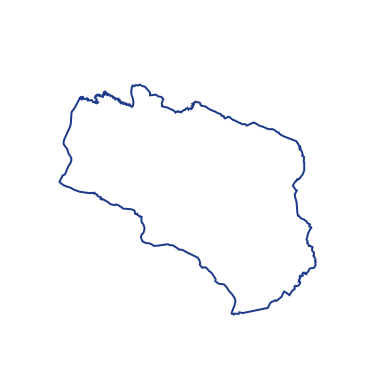 Chok Chai, Nakhon Ratchasima, Thailand (Mercator projection), rotated 116°
{"feature_id": "78962969B33343210665646", "entity_name": "Chok Chai", "entity_type": "district", "adm_level": 2, "iso_a3": "THA", "parent_name": "Thailand", "parent_adm1": "Nakhon Ratchasima", "projection": "mercator", "projection_center": [102.192, 14.755], "detail": "fine", "context": "isolated", "style": "outline", "palette": "blue", "viewbox_px": 384, "rotation_deg": 116, "n_neighbors": 0, "source": "geoboundaries", "source_scale": "gbopen_adm2", "svg_char_len": 6062}
<svg xmlns="http://www.w3.org/2000/svg" viewBox="0 0 384 384"><g transform="rotate(116 192 192)"><path d="M278.6,93.4L262.9,73.0L258.6,73.1L257.0,72.8L255.5,72.1L254.2,70.5L252.7,69.6L252.9,68.4L247.3,65.7L246.5,65.5L244.8,65.7L241.1,65.6L241.2,62.9L242.0,59.3L236.7,58.6L236.2,58.1L235.3,58.0L234.1,57.2L231.8,58.4L230.9,57.9L230.9,56.8L229.4,55.3L226.8,54.8L225.9,55.2L225.8,55.7L225.5,55.7L225.6,56.5L225.1,56.3L224.6,57.2L224.1,57.4L221.9,57.0L220.9,58.1L220.3,58.3L219.7,57.9L219.9,57.0L219.6,56.5L218.5,55.8L217.8,56.6L216.9,57.0L216.0,56.9L216.0,56.1L215.7,55.9L215.8,55.5L215.5,55.3L215.7,54.3L215.9,54.1L215.8,53.7L215.3,54.3L215.3,53.7L214.6,53.3L212.2,52.7L209.5,52.7L208.4,51.7L206.8,49.3L205.7,48.8L203.3,49.0L202.1,49.9L200.7,50.1L200.1,51.3L199.1,51.1L198.2,51.7L197.4,53.0L196.6,53.5L196.2,54.9L195.3,54.7L194.7,55.2L193.2,55.7L192.8,56.3L192.3,57.8L191.3,58.9L188.7,59.5L188.8,61.2L188.5,62.3L189.3,63.3L187.5,65.1L187.4,66.1L186.0,66.3L185.3,66.9L184.6,68.2L181.7,68.6L180.6,69.1L178.0,69.5L173.1,69.5L172.2,69.1L172.0,69.5L171.5,69.5L171.2,71.8L169.4,71.8L169.3,74.8L168.3,76.0L167.6,79.3L167.9,82.2L166.8,85.3L166.4,85.8L166.8,86.5L164.1,88.4L155.1,93.7L151.0,97.4L149.0,98.6L144.7,98.4L144.6,99.7L142.1,104.1L138.4,104.0L137.6,103.5L135.4,103.2L135.3,102.7L134.2,102.9L133.9,102.6L133.6,101.5L127.4,100.2L123.1,100.7L115.9,104.3L115.8,104.9L111.5,106.5L111.1,108.9L109.9,108.8L106.7,111.9L106.6,113.9L105.0,113.6L104.7,115.3L103.4,115.0L103.3,116.1L102.8,117.2L101.9,118.0L101.6,119.1L100.6,120.6L101.8,134.4L101.6,137.6L101.2,139.6L100.6,140.0L100.8,142.1L100.1,145.0L100.3,147.7L101.4,149.3L102.1,151.6L102.2,156.4L102.9,160.7L102.4,164.6L102.6,167.3L108.3,171.8L107.6,174.2L108.5,175.2L109.1,176.9L109.1,177.7L108.7,178.9L109.1,179.6L108.9,185.1L109.2,186.6L108.7,189.6L108.2,190.8L108.2,191.6L108.8,192.8L110.6,193.8L111.4,194.7L111.0,195.7L109.9,196.8L110.5,199.1L109.6,199.6L109.4,200.8L109.8,203.5L109.6,206.4L110.0,211.7L109.6,215.7L109.1,216.9L109.8,218.9L109.9,220.6L110.4,221.3L109.7,222.9L108.6,223.5L108.5,225.6L109.3,227.2L109.1,228.3L110.7,229.4L111.3,229.1L112.2,230.0L112.3,229.4L113.6,229.7L112.9,228.8L113.6,228.8L114.0,229.2L114.6,228.7L115.4,228.9L115.6,228.5L116.3,228.8L117.4,228.8L117.3,229.3L117.7,229.4L117.6,229.8L117.9,230.0L117.8,230.5L118.5,231.0L118.6,231.5L119.3,231.4L119.0,232.1L118.6,232.3L118.5,232.7L119.1,232.6L119.6,233.9L121.3,234.2L121.4,234.9L121.8,234.9L122.8,235.8L123.7,236.0L124.7,236.9L125.2,236.9L125.2,237.7L125.6,238.1L125.5,240.0L126.4,240.3L126.4,240.7L126.9,241.5L127.8,241.7L126.8,244.1L126.9,251.2L127.8,254.5L127.7,255.0L128.1,256.6L126.5,257.3L125.4,258.1L123.3,258.3L121.8,258.7L121.1,258.5L120.0,261.0L120.9,264.7L120.3,266.6L120.5,267.4L123.5,272.1L121.2,273.2L120.0,275.6L119.8,276.3L118.4,279.6L118.0,279.9L118.5,283.0L118.4,284.9L118.6,286.4L120.0,287.1L120.5,289.4L122.4,290.4L122.2,291.9L123.6,292.2L127.4,291.0L130.1,289.7L131.6,288.5L133.8,286.3L137.2,283.8L137.6,283.9L138.0,283.6L140.2,282.9L140.5,283.4L141.3,283.7L141.6,283.3L141.9,283.4L141.7,285.0L140.5,286.6L140.8,286.8L141.7,286.9L141.4,287.8L142.2,288.5L141.3,289.5L141.4,289.8L142.2,289.8L141.6,291.3L142.0,291.4L142.4,291.1L143.0,292.6L142.9,292.9L142.3,293.0L141.7,293.6L142.1,294.8L143.1,294.5L143.5,295.0L143.0,295.7L142.2,296.0L142.4,296.6L141.0,297.2L141.0,297.9L142.2,297.9L142.0,298.6L140.5,299.1L141.4,300.4L141.3,301.4L142.4,301.7L141.2,302.9L141.1,303.8L141.8,304.0L141.9,304.4L141.6,304.8L140.9,304.7L140.7,305.9L140.9,307.2L141.5,307.4L140.8,308.3L140.7,310.2L141.1,310.3L141.9,310.1L142.2,310.7L141.0,311.8L141.0,312.0L141.3,312.2L141.0,312.9L140.4,312.4L139.8,313.9L140.3,314.8L141.0,315.0L141.7,314.3L142.1,313.3L143.1,313.3L143.1,314.7L144.4,314.7L145.1,313.9L145.6,313.8L145.7,315.3L146.0,315.7L145.3,317.0L146.3,317.5L146.2,318.0L145.3,318.1L145.2,318.4L146.1,319.6L146.7,319.6L146.8,320.2L147.7,320.0L147.7,320.6L147.9,320.8L149.8,320.7L150.4,319.1L150.4,318.3L151.1,318.2L152.6,316.9L152.4,316.2L152.6,315.6L153.0,315.7L153.8,316.6L153.3,317.1L152.7,318.3L153.3,318.5L154.2,317.9L154.1,319.5L154.6,320.5L154.0,320.9L153.3,322.6L154.2,323.4L154.5,324.1L154.4,325.1L155.2,325.2L155.5,325.9L155.5,326.1L154.9,326.4L153.9,326.5L153.8,327.3L154.7,328.1L155.1,329.0L156.0,330.4L154.6,331.4L154.3,331.9L154.6,332.3L155.2,332.3L156.2,331.2L157.2,331.8L157.0,332.3L157.0,333.3L156.7,333.4L155.9,332.9L155.4,333.3L155.5,333.6L156.1,333.6L156.7,334.2L157.3,334.0L166.2,334.2L169.4,334.5L171.8,335.2L173.0,335.1L174.3,334.8L183.4,331.0L187.0,330.2L199.6,329.9L201.3,329.8L203.6,329.2L205.1,328.4L205.7,327.7L208.1,323.0L211.7,319.6L214.1,315.7L216.4,314.3L219.4,313.9L222.9,314.4L231.9,313.9L233.9,315.6L236.0,315.4L237.3,315.7L241.1,315.4L241.2,314.6L241.6,313.8L242.1,311.2L242.2,308.5L241.5,304.3L241.4,301.6L241.7,299.6L241.1,293.5L238.8,286.1L237.6,282.9L236.9,282.2L236.8,281.4L236.2,280.6L236.3,279.5L235.5,279.4L235.9,278.1L236.0,276.0L236.4,275.9L237.0,274.8L236.7,272.0L237.5,271.8L237.5,270.7L238.3,270.8L238.3,269.8L237.6,269.6L237.6,268.2L237.9,262.9L238.5,260.8L238.6,259.5L237.7,255.5L236.5,254.9L236.1,252.0L236.6,250.1L236.3,249.1L237.0,247.6L237.0,246.3L234.3,239.5L233.8,236.7L234.1,235.6L234.5,234.9L236.2,233.9L236.6,233.4L236.4,232.3L235.5,231.7L236.6,230.6L236.6,229.1L237.1,228.3L236.4,227.5L236.5,226.5L236.9,226.6L237.3,226.1L239.2,225.3L241.0,224.2L242.4,221.6L244.6,219.3L246.4,218.4L249.2,217.8L250.6,217.9L252.2,218.6L254.0,218.4L255.1,218.0L257.8,215.3L258.1,213.6L258.1,211.0L257.0,208.3L256.8,207.0L256.7,205.4L257.1,202.6L255.5,199.6L249.6,191.0L249.4,188.4L248.3,185.7L249.1,179.3L249.6,178.4L248.9,177.4L248.2,174.6L248.5,171.0L248.5,157.9L249.7,156.0L251.1,154.5L252.6,153.3L253.5,153.4L254.1,153.0L255.6,149.6L253.8,147.2L254.2,144.7L255.5,142.3L256.0,139.1L259.5,133.2L260.3,132.4L261.8,132.1L262.0,131.6L262.7,128.8L262.5,127.1L261.1,123.1L261.2,122.2L262.2,119.5L264.4,116.0L266.5,110.9L268.3,107.7L270.7,105.2L275.1,104.1L282.4,103.5L283.9,103.1L283.7,100.6L282.8,100.7L281.1,96.6L279.4,96.7L278.6,93.4Z" fill="none" stroke="#1e3a8a" stroke-width="2"/></g></svg>